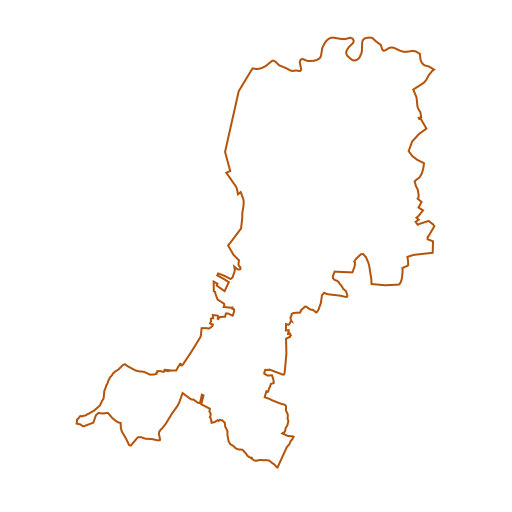 Purísima, Córdoba, Colombia (Albers equal-area conic projection), rotated 176°
{"feature_id": "7082276B35662466924312", "entity_name": "Purísima", "entity_type": "district", "adm_level": 2, "iso_a3": "COL", "parent_name": "Colombia", "parent_adm1": "Córdoba", "projection": "albers", "projection_center": [-75.703, 9.291], "detail": "fine", "context": "isolated", "style": "outline", "palette": "amber", "viewbox_px": 512, "rotation_deg": 176, "n_neighbors": 0, "source": "geoboundaries", "source_scale": "gbopen_adm2", "svg_char_len": 6018}
<svg xmlns="http://www.w3.org/2000/svg" viewBox="0 0 512 512"><g transform="rotate(176 256 256)"><path d="M246.4,443.4L261.7,421.7L279.6,362.0L275.8,342.6L279.8,341.1L271.4,327.1L270.7,325.6L270.1,322.8L269.7,318.8L266.8,320.8L264.6,313.3L264.5,310.8L265.0,306.8L266.7,299.5L267.1,294.7L269.0,284.5L280.0,271.8L283.1,268.5L278.4,258.8L273.3,252.9L274.1,248.7L273.8,247.6L272.4,245.8L272.3,244.3L272.9,243.8L274.0,243.7L275.5,244.1L278.4,246.9L278.1,243.6L278.7,241.5L280.8,236.4L282.7,234.9L283.1,234.9L289.6,238.8L295.0,241.2L296.0,239.3L290.0,235.5L284.9,231.8L289.8,223.1L297.3,229.3L296.4,231.0L300.0,233.4L300.6,223.8L299.3,223.0L299.1,221.0L297.5,215.7L296.8,214.8L291.2,210.6L290.9,209.6L291.8,207.4L285.7,206.3L283.0,206.2L283.3,205.0L281.8,204.5L281.5,203.8L281.7,202.4L283.1,198.5L283.4,198.1L288.0,200.6L289.7,200.9L290.1,200.7L291.0,197.6L295.9,197.7L296.9,197.2L298.1,195.7L298.6,196.1L298.0,198.3L298.4,199.2L303.2,200.1L303.0,196.9L304.9,196.9L305.4,196.5L305.4,193.9L306.6,192.1L306.2,191.5L303.8,190.7L304.3,189.3L306.4,187.7L308.2,186.9L310.4,187.5L315.3,187.8L316.5,180.8L317.1,179.0L327.4,164.6L336.8,152.5L337.6,152.0L339.3,152.4L338.5,153.3L339.1,153.8L341.3,151.0L343.5,147.4L350.4,147.7L350.4,148.2L350.7,148.2L350.7,147.7L351.6,147.3L352.3,147.4L352.2,148.3L353.5,148.7L353.9,148.2L354.1,148.6L355.1,148.8L355.9,147.0L357.3,147.0L358.9,147.8L362.4,148.0L362.6,146.9L363.4,146.7L363.4,145.4L366.2,144.9L369.9,145.0L375.5,148.1L377.9,148.7L380.3,149.0L383.9,150.1L391.6,154.9L394.4,157.2L396.2,156.6L401.1,152.4L405.0,150.3L406.6,149.0L408.3,146.7L410.5,144.7L410.7,143.7L411.9,142.2L413.3,138.6L414.4,137.5L415.1,135.3L416.7,132.0L418.0,124.4L419.9,121.9L422.1,117.8L428.5,112.9L432.1,111.3L434.0,110.2L435.3,110.0L436.4,109.1L437.8,108.7L439.3,108.7L440.6,108.1L441.8,108.6L442.6,108.5L444.5,106.4L445.9,105.3L446.6,101.3L442.9,100.2L440.5,98.2L439.2,98.3L429.9,101.1L426.8,108.3L424.1,110.4L420.2,109.6L414.7,109.8L410.5,104.2L408.3,102.1L405.1,99.6L402.7,99.0L402.8,93.9L402.1,90.3L398.6,83.4L395.9,76.6L395.2,75.8L394.1,75.7L386.8,83.1L385.9,83.5L383.0,83.2L379.0,81.4L372.7,80.7L367.1,79.0L364.9,78.9L364.5,79.3L364.5,79.7L365.3,85.3L364.9,87.2L363.0,89.6L361.8,90.4L357.9,94.7L351.1,104.3L344.5,112.3L342.8,115.2L338.8,124.4L331.1,117.8L330.1,117.3L328.5,117.2L324.4,113.8L323.2,113.3L322.6,113.3L322.1,113.8L321.4,115.4L319.7,121.4L318.1,120.6L321.0,111.9L312.7,106.9L313.3,104.0L312.2,101.9L312.6,99.5L313.3,98.5L312.5,97.4L312.4,96.0L312.0,95.3L312.3,94.3L311.9,93.7L311.9,92.7L308.8,93.2L305.8,94.9L304.8,94.1L303.6,95.1L301.8,94.4L301.2,94.5L298.8,91.9L298.5,87.4L297.6,85.8L296.7,82.7L297.0,79.8L296.3,73.4L294.9,70.2L291.9,68.1L290.1,66.0L288.5,64.9L286.5,64.1L285.2,64.1L283.0,63.6L280.2,60.2L278.4,57.3L277.2,56.1L275.3,55.0L274.5,55.2L274.3,55.0L274.6,54.4L272.3,52.4L270.5,51.7L269.5,51.7L267.4,52.2L264.9,52.2L262.3,51.6L261.0,51.8L257.1,51.0L253.8,47.9L252.6,47.2L250.3,44.2L249.3,43.5L238.6,63.2L235.8,66.0L234.3,69.0L232.7,70.5L231.1,73.0L231.8,73.5L236.6,74.2L242.2,77.2L241.4,77.8L240.1,78.1L239.3,79.1L238.4,82.2L236.5,85.0L235.2,89.0L235.9,92.0L235.5,93.2L235.4,95.8L236.9,99.9L236.5,103.7L236.9,104.7L237.5,105.5L242.2,107.2L250.5,111.2L252.5,112.5L257.2,114.5L255.1,120.3L254.0,119.6L253.3,119.8L252.3,122.8L251.1,124.6L250.2,127.2L248.8,127.7L247.3,127.9L247.1,128.8L247.4,132.1L248.4,135.9L252.8,135.9L255.8,137.9L256.0,138.5L254.9,141.6L254.5,141.8L251.4,141.4L250.6,141.8L237.3,135.7L236.4,135.8L236.0,136.1L235.1,140.2L232.5,156.4L231.8,171.4L227.7,173.0L227.9,173.5L226.8,174.4L227.5,176.2L229.5,176.0L229.2,177.2L228.9,177.3L228.7,177.9L228.9,178.0L228.6,179.7L231.4,179.6L230.8,186.0L228.5,185.1L227.6,185.5L226.2,187.9L225.4,188.7L225.1,188.5L225.7,189.7L225.8,192.5L224.9,193.9L224.4,195.8L222.5,196.5L219.6,196.6L216.2,196.4L215.5,197.2L214.8,198.9L210.4,202.2L209.5,201.9L205.5,198.8L203.0,198.3L199.9,195.4L199.5,195.5L197.1,198.5L196.6,200.1L194.7,204.1L192.9,212.3L190.6,214.6L188.8,213.5L186.3,212.7L174.5,210.5L169.4,208.9L168.1,209.0L167.6,209.8L167.7,210.5L168.6,214.5L171.3,217.2L172.7,220.2L174.3,222.1L175.4,224.3L176.8,225.6L179.0,226.5L180.4,227.9L180.8,228.8L180.7,230.6L178.7,234.9L161.0,232.9L158.5,238.3L158.0,240.3L157.8,242.8L158.4,243.5L156.5,246.1L151.3,250.4L149.0,250.5L146.4,247.1L144.4,241.4L143.8,238.6L142.6,225.3L142.7,220.0L129.4,217.8L115.5,217.5L114.7,218.0L113.5,219.7L112.1,223.1L110.8,230.4L110.8,233.8L105.5,235.7L104.8,236.2L104.7,240.2L105.0,244.6L98.7,246.1L79.5,246.9L78.4,258.3L83.6,260.7L83.6,262.8L82.3,264.1L76.0,273.3L77.2,275.2L81.3,278.9L91.2,276.5L92.5,275.9L94.4,279.0L91.1,280.9L93.3,283.0L90.9,284.7L86.2,289.9L90.5,293.0L87.1,298.3L90.7,301.9L89.9,302.7L89.5,305.5L90.0,310.8L91.6,314.7L92.6,319.3L91.3,320.5L87.4,323.0L84.9,326.6L83.1,331.4L81.9,336.8L88.6,340.8L93.2,344.9L96.4,350.0L92.2,359.4L84.7,366.5L77.1,371.2L82.1,381.4L83.5,381.2L84.0,382.4L81.5,382.9L82.0,388.0L83.5,390.6L84.5,393.6L84.8,403.0L87.5,411.1L76.5,417.1L74.1,419.5L71.0,424.3L67.3,428.3L65.4,429.5L70.1,432.9L74.5,434.4L76.1,435.8L77.2,437.5L78.2,440.2L78.4,446.2L82.3,448.9L85.3,449.7L90.9,449.2L94.3,449.4L97.7,450.6L103.6,453.9L105.6,454.5L107.4,454.5L109.2,454.0L112.8,452.1L114.4,451.8L115.7,453.2L116.8,457.9L121.0,461.4L124.9,465.5L128.0,466.0L130.1,465.9L132.5,465.4L133.7,464.5L134.6,463.5L135.2,461.4L136.1,452.9L136.9,450.4L139.2,446.4L141.2,444.9L143.2,444.2L145.4,444.3L147.2,445.5L151.0,449.4L151.9,451.6L151.6,453.8L150.2,456.2L148.6,458.1L144.3,461.7L143.7,463.1L143.6,464.3L144.5,466.1L146.6,467.2L151.9,466.2L155.2,466.4L163.0,468.3L165.1,468.5L166.5,468.3L168.4,467.5L170.6,465.9L171.9,464.5L174.4,460.7L175.5,458.5L177.1,451.4L178.2,449.4L179.0,448.6L181.9,447.2L184.8,446.7L189.8,446.8L191.3,447.1L195.8,449.3L197.0,449.1L198.2,448.2L198.8,445.9L197.9,439.0L198.3,438.2L198.9,437.6L200.1,437.5L202.9,438.3L206.6,438.0L208.8,438.7L212.7,441.2L219.4,444.5L223.8,449.1L225.5,449.8L226.7,449.3L233.2,444.7L237.3,443.1L239.7,442.6L242.2,442.4L246.4,443.4Z" fill="none" stroke="#b45309" stroke-width="2"/></g></svg>